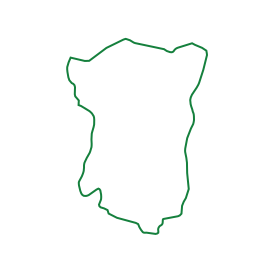 the Province of Nakhon Pathom, rotated 14°
{"feature_id": "THA-418", "entity_name": "Nakhon Pathom", "entity_type": "Province", "adm_level": 1, "iso_a3": "THA", "parent_name": "Thailand", "parent_adm1": "", "projection": "equal_earth", "projection_center": [100.101, 13.917], "detail": "fine", "context": "isolated", "style": "outline", "palette": "green", "viewbox_px": 256, "rotation_deg": 14, "n_neighbors": 0, "source": "natural_earth", "source_scale": "10m", "svg_char_len": 1877}
<svg xmlns="http://www.w3.org/2000/svg" viewBox="0 0 256 256"><g transform="rotate(14 128 128)"><path d="M169.7,30.3L172.8,31.1L180.5,32.3L185.3,34.0L186.3,36.2L187.0,38.1L187.0,53.2L186.1,66.7L185.8,68.8L184.9,72.1L182.0,80.2L181.5,83.2L181.6,85.8L183.0,89.7L184.1,91.7L185.9,94.5L186.4,95.5L187.0,96.6L187.7,97.5L188.4,98.7L189.1,100.6L190.1,104.2L190.3,106.5L190.3,108.4L189.2,113.3L187.9,123.5L188.5,134.1L188.9,136.3L189.3,137.5L191.8,142.8L193.6,147.4L196.3,157.4L201.7,172.5L201.1,182.0L199.9,186.1L199.3,190.4L200.6,198.2L199.4,200.3L197.9,201.5L184.6,207.6L184.1,208.0L184.0,208.6L184.6,211.8L184.5,212.9L184.1,213.8L183.5,214.5L182.8,215.1L182.3,215.9L181.9,216.9L181.7,218.0L181.8,219.2L182.5,221.2L182.7,222.3L181.9,223.3L180.4,224.1L171.1,225.1L169.9,225.5L168.7,225.7L167.6,225.5L165.3,223.7L163.1,221.5L161.1,218.8L158.5,218.2L139.0,217.8L129.9,215.7L128.0,212.6L124.3,211.8L120.6,211.6L119.1,210.7L118.4,209.3L118.6,207.9L119.0,204.9L119.1,203.5L118.7,201.4L118.0,199.1L116.2,195.2L115.0,194.2L113.9,194.0L112.3,195.4L106.1,202.6L105.0,203.4L103.7,204.1L101.5,204.5L100.0,204.0L98.6,202.9L96.9,200.5L94.4,195.7L93.8,194.1L93.4,192.5L93.6,191.2L94.9,186.1L95.3,183.2L95.4,181.7L95.4,180.2L94.9,177.0L94.4,175.1L94.2,173.5L94.2,172.1L95.2,167.1L96.8,161.4L97.0,159.9L97.2,155.4L96.9,153.6L96.5,151.9L95.3,147.9L94.2,142.2L94.2,140.6L94.4,135.4L94.3,132.8L93.3,128.4L92.6,126.2L91.8,124.8L89.5,122.6L88.7,122.1L86.7,121.0L77.1,118.0L74.5,117.7L73.6,113.2L69.2,110.1L68.2,108.1L66.7,101.2L65.7,99.4L64.2,98.4L62.5,98.0L59.6,95.9L57.9,93.3L55.7,88.3L54.8,85.8L54.3,83.6L54.5,78.7L55.3,73.6L69.9,73.4L74.1,72.2L87.7,55.5L102.2,43.3L104.1,42.1L105.0,42.1L108.7,42.4L112.8,43.7L114.3,43.9L143.9,42.8L147.0,43.9L150.4,44.2L152.2,43.9L153.3,43.1L153.9,42.0L154.3,40.9L155.0,39.8L155.8,38.9L157.0,38.0L169.7,30.3Z" fill="none" stroke="#15803d" stroke-width="2"/></g></svg>